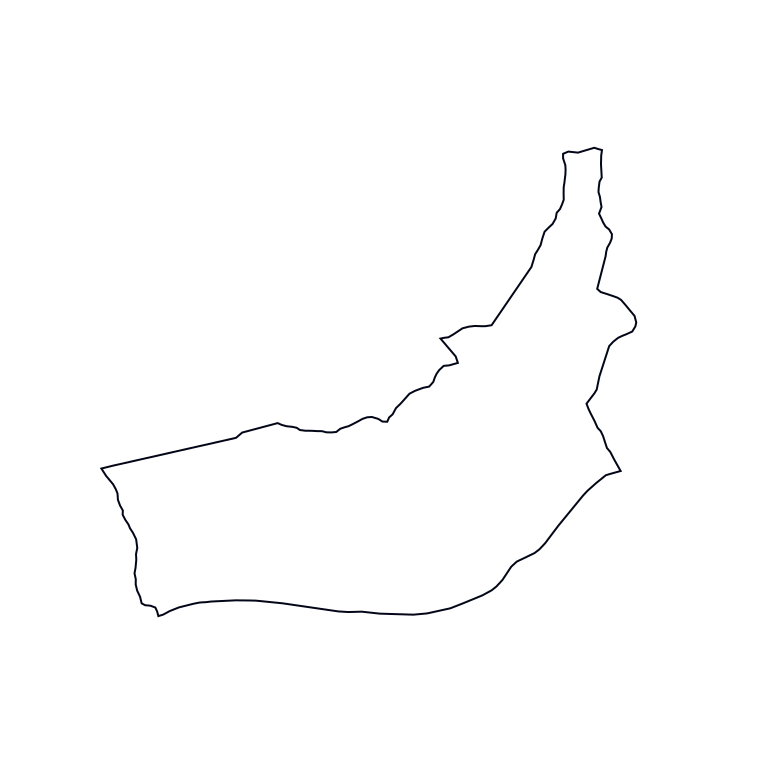 Ilha Solteira, São Paulo, Brazil, rotated 195°
{"feature_id": "56859067B71578707169668", "entity_name": "Ilha Solteira", "entity_type": "district", "adm_level": 2, "iso_a3": "BRA", "parent_name": "Brazil", "parent_adm1": "São Paulo", "projection": "albers", "projection_center": [-51.268, -20.481], "detail": "fine", "context": "isolated", "style": "outline", "palette": "ink", "viewbox_px": 768, "rotation_deg": 195, "n_neighbors": 0, "source": "geoboundaries", "source_scale": "gbopen_adm2", "svg_char_len": 2638}
<svg xmlns="http://www.w3.org/2000/svg" viewBox="0 0 768 768"><g transform="rotate(195 384 384)"><path d="M270.6,652.7L269.4,648.3L265.5,642.3L264.1,638.1L263.0,633.3L262.4,628.9L261.8,624.9L261.4,620.8L259.9,614.8L258.1,608.6L258.5,603.5L259.3,598.5L261.5,594.1L261.0,588.3L262.6,582.2L265.3,577.9L268.3,572.7L268.7,566.1L268.7,558.6L270.0,553.6L271.6,548.5L271.6,543.2L271.9,535.2L295.3,468.6L301.0,466.1L305.9,464.8L311.2,463.6L316.8,461.4L322.6,458.1L330.0,449.7L333.9,445.8L337.6,444.3L341.2,442.5L321.9,429.2L318.1,423.5L326.0,418.8L331.0,417.0L334.2,411.9L335.8,407.7L336.6,403.5L336.9,398.8L339.7,393.2L345.3,390.4L352.3,385.4L356.9,381.2L360.1,374.8L362.9,369.3L366.2,363.8L367.8,357.0L370.4,353.0L371.1,348.4L375.8,347.3L380.4,348.8L387.2,349.0L391.6,347.5L395.7,344.8L399.4,341.2L403.3,337.6L407.3,334.1L411.5,331.6L414.7,329.4L417.7,325.3L422.3,323.6L427.2,322.4L431.6,322.4L436.4,321.2L442.1,320.0L447.9,318.5L453.3,317.8L457.0,319.1L461.4,318.9L467.1,318.0L472.1,318.0L476.6,318.7L508.4,300.4L510.8,296.9L513.0,293.7L624.4,235.1L635.1,229.2L628.5,223.2L623.5,219.7L619.7,217.0L615.7,212.8L613.1,209.3L611.0,203.2L607.5,198.3L603.5,194.2L602.6,190.1L598.9,186.0L594.4,182.1L592.0,178.9L587.9,175.2L583.2,169.8L579.9,161.8L579.5,155.5L577.8,150.2L576.4,142.0L576.0,136.6L573.2,131.1L572.0,126.2L569.0,120.6L564.6,115.4L561.3,109.4L557.6,108.5L552.2,109.4L547.0,108.9L544.2,105.5L541.9,101.4L537.6,104.1L532.2,109.2L524.3,115.1L511.2,122.4L505.3,125.3L499.5,127.2L494.5,129.2L471.1,136.7L458.6,139.9L452.0,141.5L448.0,142.2L425.3,145.9L369.3,152.5L359.4,154.5L346.7,158.3L328.6,161.1L295.9,168.8L282.9,173.6L261.9,184.5L250.9,192.6L234.4,205.2L226.7,212.5L223.0,217.5L218.9,225.3L213.8,240.5L209.8,246.8L194.9,259.6L191.1,264.5L187.1,272.0L183.2,281.7L178.9,292.3L162.8,327.9L159.7,333.7L153.3,343.4L146.1,353.3L142.4,355.6L138.2,358.1L132.9,361.2L142.0,370.5L147.8,376.9L152.1,379.9L155.8,385.5L158.7,390.1L162.4,394.5L166.3,396.9L171.1,402.8L176.9,409.2L180.2,413.1L183.3,417.4L180.6,424.0L178.4,429.3L177.1,433.7L177.9,447.1L176.3,478.9L173.5,484.2L169.8,489.2L166.4,492.1L162.8,494.8L157.8,498.9L156.1,504.7L156.3,508.8L159.6,514.6L165.6,518.8L171.6,523.1L176.8,526.6L180.7,527.8L185.4,528.2L191.8,528.6L198.5,528.9L202.7,531.1L203.0,564.6L203.6,569.4L203.6,573.6L202.2,578.9L201.7,583.5L202.6,587.7L206.6,591.6L210.7,593.4L214.1,596.7L217.2,600.5L220.4,604.2L219.7,611.3L221.8,615.7L223.8,620.5L226.5,624.9L227.4,629.3L228.2,635.3L227.1,639.7L228.6,644.3L231.3,652.5L233.3,660.8L234.0,666.4L237.9,666.4L242.0,666.6L249.7,661.9L256.5,657.7L266.1,656.2L270.6,652.7Z" fill="none" stroke="#020617" stroke-width="2"/></g></svg>